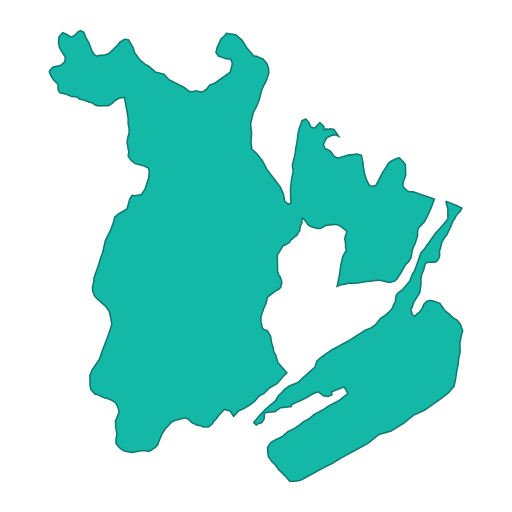 Bani Swayf, Bani Suwayf, Egypt (Mercator projection)
{"feature_id": "37247803B71974120040815", "entity_name": "Bani Swayf", "entity_type": "district", "adm_level": 2, "iso_a3": "EGY", "parent_name": "Egypt", "parent_adm1": "Bani Suwayf", "projection": "mercator", "projection_center": [31.073, 29.092], "detail": "fine", "context": "isolated", "style": "filled", "palette": "teal", "viewbox_px": 512, "rotation_deg": 0, "n_neighbors": 0, "source": "geoboundaries", "source_scale": "gbopen_adm2", "svg_char_len": 5983}
<svg xmlns="http://www.w3.org/2000/svg" viewBox="0 0 512 512"><path d="M89.9,375.5L90.1,386.4L90.9,389.5L94.9,394.1L98.0,394.8L104.2,397.8L107.3,398.5L111.2,400.0L115.1,402.3L116.7,404.6L118.3,408.4L119.1,412.3L115.5,420.9L115.6,426.4L116.9,434.3L115.9,439.6L116.0,443.5L118.4,446.5L120.7,448.8L124.6,451.1L132.3,452.5L140.7,450.8L145.4,450.7L148.4,451.4L150.7,450.6L155.3,447.4L157.5,445.0L161.9,434.0L165.6,428.5L171.7,422.1L174.7,420.5L184.6,418.0L187.7,418.7L191.7,422.5L197.9,425.5L200.2,425.5L203.3,427.0L208.7,426.9L212.4,423.7L213.9,421.3L216.9,418.1L218.4,415.8L224.4,409.4L230.2,411.1L233.6,416.4L238.6,410.9L243.8,408.6L249.7,405.0L254.6,401.4L258.0,397.2L260.2,395.4L263.8,393.6L269.4,388.0L277.0,383.6L283.6,376.1L286.9,372.8L277.9,362.6L275.6,354.7L274.0,352.4L273.1,347.8L271.5,342.4L270.6,336.2L267.4,330.8L263.5,329.3L261.9,327.0L261.8,324.6L261.0,322.3L260.9,316.9L263.8,308.3L266.0,303.6L267.4,297.3L275.7,290.9L278.8,289.3L281.0,286.9L281.0,285.4L281.7,283.8L281.7,281.5L280.1,276.8L278.5,274.5L278.4,273.0L277.6,271.4L277.3,255.1L283.2,245.6L285.5,244.8L289.3,242.4L290.8,240.0L293.1,238.4L294.6,236.8L296.1,236.0L297.6,234.4L297.6,233.7L299.8,230.5L299.8,228.9L300.5,225.8L302.0,222.7L301.9,220.3L302.7,218.0L304.2,219.5L308.2,224.9L310.5,226.4L315.2,227.9L319.0,228.6L322.1,227.7L325.9,225.3L335.9,224.4L339.8,225.8L342.1,227.4L347.0,231.4L345.4,235.9L344.7,239.0L345.5,242.9L345.6,248.3L346.6,249.7L342.9,256.1L340.8,265.1L339.4,275.5L337.1,286.4L340.2,285.0L345.6,284.1L347.9,283.3L357.1,283.1L367.1,281.4L370.2,281.3L375.5,280.4L380.2,280.3L389.4,282.5L394.2,281.2L395.3,280.6L397.2,278.7L401.1,272.6L405.2,265.1L408.8,261.6L411.2,257.1L412.1,251.1L413.1,247.8L415.2,243.3L417.6,235.5L417.5,232.3L418.2,228.3L424.3,222.0L426.9,217.2L431.0,208.2L434.4,199.1L412.9,191.7L410.6,191.8L407.5,191.1L403.6,187.3L402.8,184.9L403.5,181.0L405.7,175.5L405.4,164.6L403.1,161.6L399.1,157.7L394.5,159.4L390.0,161.8L387.7,164.2L386.2,167.3L383.3,171.3L375.9,185.4L372.0,186.3L369.7,185.6L367.3,181.7L364.8,174.8L363.1,165.4L363.1,163.1L361.4,155.3L356.7,153.9L352.9,154.7L349.0,154.8L338.3,158.1L334.4,156.6L330.5,151.3L326.6,149.0L325.1,149.0L323.4,144.4L326.4,138.1L330.9,135.7L335.5,134.8L338.6,136.3L333.9,129.4L330.0,128.7L328.5,129.5L326.2,128.8L325.4,129.5L323.9,129.6L323.8,126.5L319.9,122.6L314.6,128.2L312.3,127.5L310.7,126.7L309.1,122.9L305.9,119.0L302.1,120.6L299.2,128.5L297.8,134.7L297.2,141.0L295.8,148.0L295.1,154.3L292.3,165.2L293.2,171.4L291.8,177.7L290.5,187.9L290.8,203.4L288.5,204.2L284.6,201.2L283.7,195.0L280.5,187.3L267.0,169.6L262.2,160.4L256.6,153.5L251.4,148.7L251.7,147.5L251.0,142.7L251.6,133.3L250.6,124.0L253.4,112.2L256.4,106.7L259.3,99.7L261.4,91.1L263.6,85.6L265.9,81.6L267.3,77.7L268.8,73.0L268.7,69.1L267.0,63.7L263.1,59.1L256.1,56.1L253.8,56.1L246.7,47.7L241.9,40.0L235.6,34.7L226.3,33.3L224.8,35.7L221.0,38.9L217.4,46.7L215.9,52.2L218.3,56.0L226.9,59.0L230.7,58.9L232.4,63.6L230.2,72.2L214.3,83.4L209.7,85.0L206.7,89.0L202.2,92.2L196.0,90.8L192.9,91.6L189.8,91.7L183.6,87.1L168.8,79.6L164.1,74.3L155.5,72.1L148.5,66.0L145.4,64.5L139.9,59.9L134.3,52.2L133.5,48.4L128.6,39.9L125.5,39.2L123.3,40.0L119.5,42.4L118.0,44.8L108.9,53.5L104.3,55.2L99.7,55.3L96.7,56.1L94.3,54.6L91.9,50.8L88.6,42.2L86.2,38.4L83.8,32.2L80.7,30.7L78.4,31.5L74.6,35.5L70.8,37.2L67.7,34.9L62.8,32.6L59.2,36.6L58.6,40.5L58.6,43.6L59.5,47.5L61.1,50.6L65.1,56.7L65.2,59.9L64.4,62.2L60.7,65.4L53.0,67.1L50.0,70.3L49.3,71.9L50.9,75.7L53.3,79.6L58.0,84.2L58.1,89.6L59.7,92.7L65.9,94.1L71.4,96.4L76.8,97.0L79.9,99.3L83.8,100.0L89.2,102.2L92.3,102.9L95.4,105.2L98.5,105.9L108.5,105.7L112.3,103.3L114.6,100.9L118.4,98.5L121.4,97.7L124.5,97.6L128.1,117.8L128.2,124.0L129.1,128.7L129.1,132.6L127.7,138.1L127.1,142.8L128.8,152.1L128.1,156.0L131.3,160.6L135.2,163.6L143.7,165.8L148.4,168.0L149.3,171.9L148.6,178.2L145.0,189.1L141.3,194.7L135.1,195.6L133.0,195.6L132.3,195.2L129.8,198.8L127.0,209.0L118.6,213.8L114.8,217.0L113.4,222.5L110.5,230.3L105.4,240.5L102.5,253.1L100.4,258.5L98.9,264.0L93.9,278.1L93.9,281.3L92.5,286.7L92.6,290.6L94.2,295.3L96.6,298.3L106.0,306.7L109.2,311.3L110.9,318.3L111.8,324.5L108.2,335.5L102.4,350.4L99.5,359.0L92.1,370.0L89.9,375.5ZM461.9,208.2L456.8,205.6L446.3,201.4L446.0,202.2L447.8,208.7L447.9,218.8L444.4,223.4L435.2,233.6L424.0,249.5L420.9,252.8L414.6,270.8L412.4,274.1L409.6,281.3L402.3,289.9L398.4,292.6L396.2,295.2L395.3,301.8L393.4,305.1L392.5,308.0L389.3,311.7L385.2,315.3L380.3,318.6L375.6,324.6L371.1,327.9L365.3,330.2L349.6,340.2L331.5,350.0L320.2,358.0L317.0,361.0L314.9,367.2L302.1,378.5L298.2,382.4L289.5,385.8L284.4,389.5L281.5,392.8L278.6,395.5L277.1,397.8L275.8,400.4L264.6,410.1L258.5,416.7L253.7,422.6L256.3,425.1L257.5,424.0L261.8,422.6L264.2,418.7L264.2,414.0L266.2,412.4L275.0,411.7L280.3,407.8L291.2,406.6L291.3,405.0L295.8,402.6L303.4,399.3L313.3,393.7L317.1,392.1L318.7,392.0L323.4,395.8L328.0,396.5L331.8,394.9L331.7,391.8L343.9,386.9L345.5,389.2L347.9,393.8L343.4,397.0L339.6,400.2L327.4,406.7L324.4,409.0L313.8,414.7L309.2,418.7L303.2,421.9L299.4,425.1L293.3,429.1L288.0,431.5L282.7,436.3L274.3,440.4L270.5,442.8L267.6,447.5L267.7,452.2L268.5,456.8L271.7,461.4L275.6,465.2L278.8,469.8L285.9,476.7L289.8,481.3L295.2,481.2L300.5,480.3L324.1,467.4L332.5,463.3L340.1,458.5L368.2,443.2L378.8,434.5L391.0,431.1L403.9,423.1L413.7,415.1L424.4,410.3L440.3,399.1L448.6,392.7L453.9,386.4L455.3,380.9L456.7,371.5L458.1,364.5L458.7,358.3L460.1,352.0L459.9,343.4L461.3,335.6L462.7,330.9L460.3,324.0L457.1,320.2L453.2,317.9L449.3,314.1L444.6,310.3L439.9,303.4L433.7,301.1L429.8,300.4L426.8,301.3L423.7,304.4L422.3,308.4L419.3,312.3L417.0,313.9L414.8,316.3L412.4,314.8L410.8,309.3L412.3,307.0L413.7,302.3L419.7,292.8L421.0,284.2L420.9,278.8L421.6,274.9L423.8,269.4L425.2,263.9L427.5,262.3L435.2,262.2L437.4,260.6L438.9,258.2L439.7,255.9L439.5,250.4L440.3,248.9L441.7,242.6L443.9,238.7L446.9,234.7L451.3,225.3L452.8,221.4L455.0,218.2L456.5,215.1L460.3,211.1L461.9,208.2Z" fill="#14b8a6" stroke="#0f766e" stroke-width="1.5"/></svg>